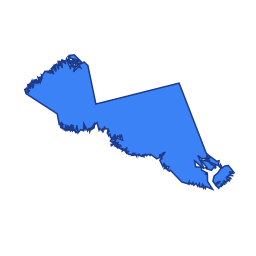 Kommuneqarfik Sermersooq, orthographic projection, rotated 69°
{"feature_id": "GRL-2739", "entity_name": "Kommuneqarfik Sermersooq", "entity_type": "state/province", "adm_level": 1, "iso_a3": "GRL", "parent_name": "Greenland", "parent_adm1": "", "projection": "orthographic", "projection_center": [-36.556, 66.454], "detail": "fine", "context": "isolated", "style": "filled", "palette": "blue", "viewbox_px": 256, "rotation_deg": 69, "n_neighbors": 0, "source": "natural_earth", "source_scale": "10m", "svg_char_len": 5930}
<svg xmlns="http://www.w3.org/2000/svg" viewBox="0 0 256 256"><g transform="rotate(69 128 128)"><path d="M183.8,61.7L185.6,63.9L181.7,64.0L184.3,65.4L183.0,70.3L178.5,72.7L193.4,71.5L182.5,77.6L188.5,78.8L190.8,73.8L193.8,74.3L198.4,70.1L199.0,70.3L198.1,71.0L198.7,72.2L200.1,70.6L206.5,72.9L215.5,71.0L210.4,76.4L212.1,77.4L207.3,78.6L209.6,80.2L208.7,82.1L205.6,81.4L207.5,83.7L204.1,84.3L205.0,87.0L202.2,86.9L203.6,88.5L201.9,89.3L202.4,90.9L200.2,90.3L201.7,91.9L197.7,97.1L182.6,103.5L183.2,104.8L181.2,106.0L181.8,106.7L178.8,103.7L177.7,105.3L178.3,106.3L176.5,106.4L178.1,108.4L173.6,106.7L176.1,109.3L169.5,109.8L168.4,107.8L169.5,107.2L167.0,107.2L163.9,101.8L164.0,104.8L166.6,108.2L164.5,107.6L164.5,108.1L166.8,108.8L167.1,112.2L160.7,116.2L161.6,117.1L159.8,118.4L160.5,120.7L158.6,121.2L160.1,123.1L158.3,123.5L159.2,125.7L156.6,127.1L157.4,127.7L156.5,127.7L156.5,129.6L157.0,130.5L156.1,129.9L155.1,133.5L154.1,130.9L153.5,132.6L154.3,134.1L152.9,136.7L151.0,138.0L150.1,136.0L149.3,137.5L150.6,138.5L149.5,138.8L145.7,135.8L147.4,138.7L146.5,139.4L147.0,139.3L147.2,140.8L146.2,139.5L145.0,141.0L146.4,141.2L142.7,143.9L142.5,141.2L141.3,141.3L138.4,145.0L138.0,141.6L137.3,146.0L134.3,143.3L133.2,144.2L133.6,141.7L137.4,137.4L131.6,136.6L134.3,138.5L132.4,138.8L133.3,139.4L131.7,140.7L132.6,141.3L132.1,143.6L129.3,142.2L131.6,145.3L130.8,147.8L127.5,147.0L128.4,148.8L125.4,149.0L123.8,146.0L124.6,148.6L121.8,146.9L120.7,149.5L118.1,149.4L120.8,151.0L119.7,151.7L120.8,153.5L118.4,154.6L119.6,155.8L112.0,155.0L112.7,157.2L111.7,157.4L114.9,161.8L114.5,165.1L116.2,166.8L108.1,167.7L114.6,170.6L112.6,172.8L114.6,176.4L107.2,174.8L113.0,178.4L110.1,179.1L110.7,180.4L109.2,178.5L111.0,180.9L110.1,181.2L108.3,178.4L109.3,180.9L107.8,178.9L107.1,179.4L108.5,180.5L110.1,182.5L108.2,180.6L107.4,180.4L106.3,178.4L104.9,179.6L107.7,185.1L103.8,182.8L106.9,186.4L102.3,184.9L106.2,186.9L105.2,189.2L103.4,188.5L101.2,189.2L101.4,187.3L99.3,188.2L100.5,189.0L99.4,188.9L99.8,190.9L89.4,189.0L59.4,210.9L54.3,210.6L58.5,210.6L57.9,209.7L59.4,208.4L56.1,207.9L58.7,206.2L54.6,208.4L55.7,207.2L53.2,206.5L55.1,205.9L54.3,205.8L54.6,205.1L55.6,205.3L55.8,204.9L50.7,203.5L57.0,202.5L55.2,202.4L56.4,201.4L51.4,202.8L49.5,200.8L54.7,200.7L51.4,200.2L53.1,197.9L51.0,198.5L54.3,195.1L50.5,198.5L49.7,197.6L51.3,195.9L49.3,196.7L54.2,193.8L52.5,193.3L53.4,191.6L51.7,194.1L48.4,193.9L49.9,192.7L48.4,191.9L50.8,193.0L51.4,191.6L48.6,191.3L51.6,190.3L47.4,189.7L48.3,189.1L45.3,185.2L49.6,180.0L46.3,182.3L46.9,180.2L51.2,177.8L47.7,178.7L46.7,180.1L45.7,180.8L48.1,177.8L45.7,178.3L45.3,176.0L49.4,174.8L45.8,174.0L44.4,174.1L43.4,174.8L44.6,173.4L42.9,174.3L42.8,171.8L48.5,171.9L42.3,169.8L45.9,169.0L43.5,168.8L44.2,167.0L45.0,167.9L47.3,167.9L47.2,168.4L47.8,167.6L44.1,166.8L43.2,169.0L42.3,168.2L41.4,168.1L42.4,167.0L41.1,165.7L42.5,165.5L41.5,164.6L43.7,164.4L46.0,163.0L42.1,163.9L43.3,161.8L41.5,160.7L52.5,160.4L49.2,160.0L51.0,157.6L43.2,160.1L42.0,159.0L43.9,159.3L41.4,158.0L46.8,158.8L47.6,158.3L46.4,157.7L47.8,156.0L51.3,157.1L52.5,156.5L48.3,153.1L51.4,152.1L52.8,156.0L56.0,158.9L53.1,152.3L55.0,150.6L51.1,151.1L51.1,147.5L50.6,145.4L55.4,143.1L94.1,149.4L104.4,64.2L179.5,64.0L183.8,61.7ZM207.1,45.1L205.1,49.5L207.9,46.7L207.3,48.8L207.9,50.2L210.5,46.9L208.4,50.4L209.5,54.6L210.4,50.9L212.0,50.2L211.7,51.2L212.9,51.7L212.2,52.7L213.4,52.8L211.9,54.0L213.1,54.0L213.6,55.6L212.8,55.0L213.7,55.9L210.9,57.5L214.1,56.7L212.9,58.5L215.0,58.2L213.8,60.7L215.2,60.5L214.7,61.7L216.0,61.8L215.4,63.8L216.8,64.9L212.9,66.6L211.0,60.7L210.6,62.8L211.6,66.9L208.1,67.8L203.7,64.8L202.1,60.2L198.9,55.4L196.9,56.6L195.1,54.8L199.0,54.3L198.2,51.4L198.9,47.8L207.1,45.1ZM197.4,65.2L194.6,68.9L193.3,68.3L184.0,71.7L188.0,64.7L192.0,63.1L194.6,60.4L197.4,65.2ZM191.2,54.7L195.4,57.2L189.5,63.6L186.1,64.0L184.4,61.2L190.9,57.1L191.2,54.7ZM50.1,147.6L50.6,151.2L46.9,152.6L48.1,150.3L46.7,150.3L42.5,156.3L39.2,156.9L40.4,152.0L50.1,147.6ZM136.8,146.2L135.4,146.8L136.5,147.4L133.8,149.1L132.3,147.0L134.2,143.9L136.8,146.2ZM117.7,165.0L115.4,164.7L114.9,161.2L113.4,158.3L115.7,159.6L116.3,162.9L115.6,163.4L117.7,165.0ZM109.8,182.8L107.9,183.5L105.2,179.6L106.4,179.3L107.8,181.7L109.8,182.8ZM48.8,154.4L45.6,157.9L44.4,157.8L47.4,153.7L48.8,154.4ZM185.5,67.2L185.2,65.0L187.6,64.5L187.1,65.8L185.5,67.2ZM101.0,189.3L104.2,190.7L100.2,190.1L101.0,189.3ZM46.2,154.9L43.8,155.3L47.1,153.4L46.2,154.9ZM111.4,168.4L114.3,168.7L114.1,169.1L111.7,168.9L111.4,168.4ZM209.2,78.9L210.6,78.1L211.3,79.1L209.2,78.9ZM179.9,106.6L179.1,107.9L178.2,106.9L178.9,106.4L179.9,106.6ZM140.0,144.0L140.8,143.3L141.6,143.3L140.8,145.6L140.0,144.0ZM138.0,146.6L138.4,148.8L137.1,147.3L138.0,146.6ZM192.7,69.4L194.3,69.2L192.8,69.9L192.7,69.4ZM108.7,184.0L108.2,185.1L107.6,184.0L108.7,184.0ZM139.7,144.5L139.6,146.5L138.5,145.4L139.7,144.5ZM122.6,152.5L122.5,153.0L120.6,152.2L122.6,152.5ZM106.4,188.8L107.4,186.7L107.4,187.4L106.4,188.8ZM44.8,175.5L43.8,175.8L43.6,174.9L44.5,174.3L44.8,175.5ZM52.1,204.7L54.2,204.6L54.4,205.2L52.1,204.7ZM45.9,174.3L45.2,175.6L44.9,175.1L45.9,174.3ZM57.1,209.9L55.0,209.6L54.7,209.2L57.1,209.9ZM142.4,144.4L143.6,144.3L142.4,145.0L142.4,144.4ZM39.3,158.8L40.6,157.7L40.6,158.1L39.3,158.8ZM107.0,185.7L107.9,185.2L108.5,185.9L107.9,186.3L107.0,185.7ZM195.2,60.0L196.4,60.2L196.7,61.1L196.2,61.1L195.2,60.0ZM137.2,149.6L137.8,148.8L138.3,149.4L138.2,149.6L137.9,149.3L137.4,149.7L137.2,149.6ZM156.7,129.6L157.5,130.0L156.9,130.1L156.7,129.6ZM42.0,168.4L42.7,169.1L41.3,169.2L42.0,168.4ZM147.9,139.7L147.9,138.8L148.4,138.7L147.9,139.7ZM50.3,199.5L51.3,199.4L51.2,199.9L50.3,199.5ZM112.3,177.6L113.4,177.4L113.5,177.6L112.3,177.6ZM44.6,175.9L44.5,176.9L44.2,176.2L44.6,175.9ZM159.6,124.7L159.6,123.8L160.3,123.7L159.6,124.7ZM103.7,189.1L104.3,189.7L104.7,189.7L103.9,190.0L103.7,189.1ZM51.0,205.8L51.9,205.3L52.8,205.6L51.0,205.8Z" fill="#3b82f6" stroke="#1e3a8a" stroke-width="1.5"/></g></svg>